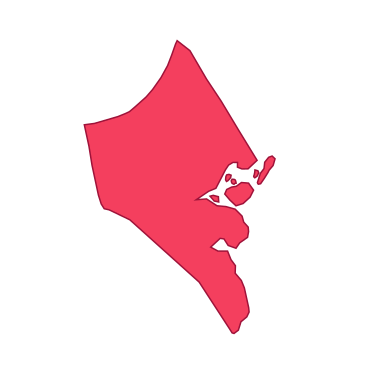 Ikelau, Palau, rotated 340°
{"feature_id": "81905179B16358514797122", "entity_name": "Ikelau", "entity_type": "district", "adm_level": 2, "iso_a3": "PLW", "parent_name": "Palau", "parent_adm1": "", "projection": "natural_earth1", "projection_center": [134.481, 7.339], "detail": "fine", "context": "isolated", "style": "filled", "palette": "rose", "viewbox_px": 384, "rotation_deg": 340, "n_neighbors": 0, "source": "geoboundaries", "source_scale": "gbopen_adm2", "svg_char_len": 2009}
<svg xmlns="http://www.w3.org/2000/svg" viewBox="0 0 384 384"><g transform="rotate(340 192 192)"><path d="M181.5,338.1L183.1,339.3L188.3,337.7L193.6,330.7L200.8,328.1L204.6,324.3L205.7,320.1L208.4,300.0L208.1,292.0L204.8,283.1L207.6,276.1L205.5,268.9L205.2,259.7L196.2,256.4L190.7,250.2L202.6,245.2L206.0,247.0L207.7,254.6L214.1,259.9L219.4,256.1L228.7,253.6L231.6,248.6L232.8,244.2L230.3,238.0L230.8,231.8L226.7,222.9L218.9,217.3L210.8,213.5L203.3,203.5L193.3,200.7L207.9,197.0L215.7,196.7L231.0,182.6L235.6,179.2L240.6,178.2L244.9,179.8L243.2,184.2L246.8,187.4L252.6,189.4L264.0,184.5L256.9,149.6L250.5,116.7L244.3,91.0L238.4,58.5L229.8,44.7L227.2,47.3L219.9,56.2L212.3,64.9L202.0,73.9L189.9,82.3L181.4,87.0L168.2,92.3L160.7,95.1L159.7,95.2L156.4,95.5L148.2,95.8L123.8,94.2L113.8,92.0L110.8,113.9L107.2,132.7L103.0,162.9L102.6,172.2L103.8,177.7L108.0,180.4L124.1,196.9L167.9,279.1L180.5,333.5L181.5,338.1ZM224.9,202.1L222.1,205.1L224.5,211.6L224.8,212.4L228.6,220.0L236.1,220.3L244.8,216.7L250.5,211.3L248.7,205.0L248.2,203.0L241.7,200.0L235.5,201.8L230.9,200.9L230.1,201.0L225.5,201.5L224.9,202.1ZM277.9,194.0L281.4,189.2L279.6,185.6L275.9,185.6L270.5,188.9L267.7,194.6L262.6,197.9L256.7,205.5L256.7,206.8L257.1,207.4L259.3,207.7L263.1,205.0L264.5,204.0L266.3,202.6L270.0,199.7L271.9,197.9L277.2,194.9L277.9,194.0ZM209.3,206.7L209.8,208.1L213.7,210.5L215.2,205.4L210.8,202.4L208.8,202.2L207.5,202.1L209.3,206.7ZM228.0,193.9L229.5,193.7L231.6,192.7L233.2,191.7L234.5,189.6L232.8,188.1L231.6,187.9L230.4,187.8L229.2,189.0L228.3,190.7L227.7,192.1L228.0,193.9ZM256.2,197.3L255.4,198.2L255.3,199.0L255.8,200.1L256.1,200.1L257.0,199.9L258.9,199.2L261.3,196.7L261.3,196.2L261.2,194.6L260.1,193.8L258.7,192.8L257.7,194.9L256.4,197.0L256.2,197.3ZM234.0,193.7L233.6,194.1L232.7,194.9L232.5,196.2L232.6,197.5L233.2,198.3L234.1,199.1L234.6,198.9L235.3,198.6L236.5,198.8L236.8,196.9L236.8,196.1L236.7,195.4L236.3,194.9L236.0,194.6L235.2,194.2L234.0,193.7Z" fill="#f43f5e" stroke="#9f1239" stroke-width="1.5"/></g></svg>